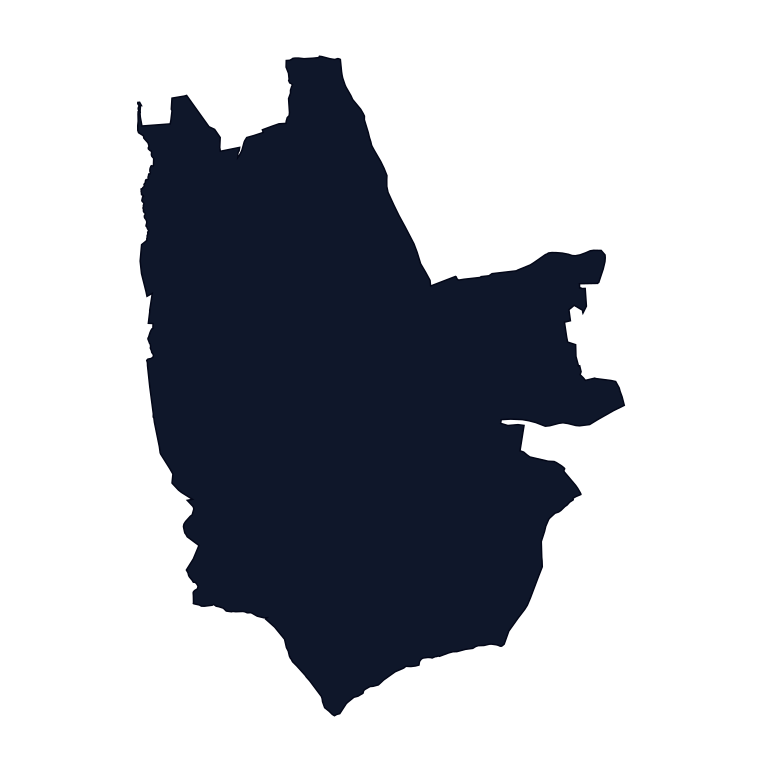 Voila, Brasov, Romania (Albers equal-area conic projection), rotated 178°
{"feature_id": "2599482B13078719041336", "entity_name": "Voila", "entity_type": "district", "adm_level": 2, "iso_a3": "ROU", "parent_name": "Romania", "parent_adm1": "Brasov", "projection": "albers", "projection_center": [24.863, 45.81], "detail": "fine", "context": "isolated", "style": "filled", "palette": "ink", "viewbox_px": 768, "rotation_deg": 178, "n_neighbors": 0, "source": "geoboundaries", "source_scale": "gbopen_adm2", "svg_char_len": 6145}
<svg xmlns="http://www.w3.org/2000/svg" viewBox="0 0 768 768"><g transform="rotate(178 384 384)"><path d="M573.6,678.7L585.9,677.1L587.0,666.0L586.3,664.6L587.8,654.9L588.6,651.4L616.9,650.3L618.2,659.1L618.4,662.8L618.1,663.7L618.2,665.5L617.7,670.0L618.4,670.0L618.5,670.2L618.0,670.8L616.7,670.7L618.4,674.1L620.2,674.0L620.3,672.7L619.1,670.7L619.3,669.8L619.8,669.1L620.1,667.5L619.5,665.7L620.2,664.8L620.4,662.1L620.5,655.3L621.1,650.6L621.2,646.0L620.5,643.7L615.8,640.5L615.4,638.0L611.5,633.3L610.7,630.8L610.7,629.3L611.3,628.4L611.3,627.2L609.8,625.6L608.3,624.6L608.2,623.8L608.5,621.2L608.1,619.7L606.3,617.5L606.8,610.3L607.2,609.8L608.6,610.3L609.4,609.8L609.5,609.3L610.2,607.8L610.5,606.2L610.5,604.6L610.1,603.4L610.2,602.9L610.5,602.2L611.6,602.2L611.9,601.6L612.1,600.4L612.6,599.0L612.5,597.0L613.2,596.6L614.4,596.6L615.0,596.2L615.3,595.4L615.6,593.4L616.5,592.5L616.9,591.8L616.6,590.2L617.0,589.6L618.1,588.8L618.7,587.8L620.0,587.3L619.8,586.0L620.0,585.1L619.8,584.0L619.7,581.7L618.0,580.7L617.8,579.9L618.6,579.6L619.6,576.0L619.5,575.3L617.8,573.3L617.7,572.7L617.8,571.9L618.3,571.1L618.2,569.8L618.7,568.5L618.6,567.5L618.1,566.5L618.4,565.7L618.4,565.1L617.7,563.7L616.8,563.0L616.6,562.3L616.6,561.9L617.5,560.8L617.7,559.3L617.1,557.8L616.3,556.9L615.5,554.9L615.5,553.2L616.3,550.8L616.3,550.1L615.4,549.0L615.0,547.5L613.9,545.7L614.1,544.9L614.9,544.0L614.8,542.3L615.0,541.5L615.5,540.8L615.6,538.6L616.0,537.6L616.0,535.8L621.4,531.7L623.4,515.4L622.5,502.8L618.6,484.6L617.8,479.9L612.4,482.7L615.6,465.6L615.6,464.3L617.4,452.9L612.7,452.5L613.0,447.8L614.2,447.0L615.2,445.3L616.1,443.4L617.6,439.1L618.3,438.0L618.3,437.0L617.3,434.3L617.0,433.1L616.4,432.4L615.9,430.0L616.3,428.1L615.3,425.5L615.0,423.7L613.4,421.2L613.7,419.2L615.6,417.7L619.1,417.1L620.3,415.9L619.7,413.6L619.7,410.5L618.2,389.6L615.6,362.2L615.8,359.5L615.6,358.6L615.2,358.4L614.8,353.8L610.7,329.2L610.1,323.1L609.6,321.7L601.0,306.9L598.1,301.4L599.3,292.5L599.2,292.2L593.1,285.2L590.3,282.8L579.4,275.4L584.7,274.6L579.0,268.1L578.4,265.8L580.3,259.9L582.2,258.6L587.1,253.5L588.7,251.2L589.1,250.0L589.4,248.4L588.5,243.2L588.1,241.8L587.3,240.8L586.0,238.2L574.6,229.1L580.7,215.8L588.0,205.0L586.5,202.2L585.9,199.4L585.2,198.0L582.6,194.6L581.5,192.6L579.5,192.3L578.2,190.8L576.9,188.4L577.5,186.2L578.1,185.5L580.5,184.2L581.7,182.9L582.0,182.0L581.9,179.0L582.0,172.5L582.2,171.3L581.7,171.0L576.2,169.6L574.3,168.4L571.3,168.2L563.5,168.9L561.9,169.7L559.5,167.8L556.9,167.2L552.7,165.7L551.9,165.1L549.7,162.7L549.1,162.5L544.3,161.7L543.0,162.0L540.1,161.6L532.8,161.6L530.7,161.1L528.7,160.1L524.8,160.1L518.8,156.4L512.1,154.5L508.9,154.6L510.5,153.2L501.8,144.9L492.3,132.4L490.7,124.0L489.0,120.4L488.0,115.3L487.0,113.0L486.1,112.0L485.6,110.6L484.8,109.3L481.1,105.4L472.9,95.6L471.8,93.8L468.7,90.1L457.5,74.0L456.8,71.7L456.5,68.6L454.6,62.6L450.3,58.9L447.2,55.6L445.1,54.2L442.8,55.4L439.7,56.1L432.9,65.8L431.7,66.9L425.0,72.0L420.9,72.9L415.8,75.7L415.1,78.0L414.6,78.7L413.5,79.5L408.6,82.1L405.3,82.3L400.1,83.5L394.7,88.2L382.9,96.0L374.1,99.5L372.0,101.1L367.1,100.7L362.4,101.1L358.9,101.9L358.2,105.4L356.5,107.6L355.5,108.3L354.2,108.8L349.6,109.2L346.5,108.9L345.5,108.5L342.4,109.7L340.9,109.8L339.3,110.3L338.1,109.9L328.8,113.0L324.5,114.0L320.4,114.0L311.8,116.0L304.5,116.7L301.6,118.4L299.0,119.2L293.2,119.2L287.8,120.3L285.7,120.3L281.0,119.5L279.0,118.9L277.2,118.0L276.2,117.8L275.2,118.1L273.0,119.8L267.9,132.7L258.1,145.5L251.2,153.9L248.5,157.9L245.1,165.2L236.3,186.3L232.2,195.8L232.2,201.8L232.4,205.3L232.3,221.1L228.7,231.1L227.3,236.2L224.2,242.8L223.3,244.0L217.6,248.9L213.9,250.0L211.7,251.4L207.4,255.3L205.3,256.6L202.6,259.4L199.0,261.6L198.9,262.2L199.1,262.8L199.0,263.3L196.1,264.8L191.1,266.7L191.1,267.2L191.6,268.4L194.0,272.9L196.0,276.0L207.0,290.0L207.2,290.8L207.1,291.8L206.5,292.7L206.4,293.1L207.0,293.9L209.2,295.8L214.4,299.4L216.7,300.6L222.7,301.1L240.8,306.0L243.5,308.1L246.8,311.1L250.4,312.5L245.5,337.7L251.5,338.7L261.7,338.2L268.8,340.6L268.1,344.3L258.8,344.5L247.0,343.6L240.4,342.2L233.7,340.2L224.3,336.2L219.8,336.5L210.6,338.6L206.5,339.0L201.6,338.1L193.6,335.8L190.0,335.4L179.9,336.3L171.4,341.1L155.5,349.4L144.6,354.3L146.5,362.9L148.3,368.4L149.1,371.9L152.4,378.4L157.1,379.6L173.1,382.2L173.2,382.5L182.6,380.6L184.5,383.1L187.7,386.5L186.6,389.4L187.8,395.4L189.0,395.2L191.2,404.9L191.1,416.6L199.0,419.5L199.8,424.4L201.5,439.5L195.5,440.7L196.6,451.8L191.2,456.0L183.0,450.8L182.9,448.7L182.7,447.9L179.0,454.7L179.6,472.5L183.8,472.5L183.9,473.2L185.1,473.2L185.2,477.4L166.9,477.1L166.4,477.9L165.8,478.1L160.9,491.3L158.9,498.6L158.5,502.4L158.6,505.3L162.3,509.9L169.8,510.3L173.3,509.9L177.8,508.1L183.6,506.2L188.3,505.5L191.5,505.8L195.2,507.2L201.3,508.6L207.5,509.3L211.7,509.5L215.0,509.2L217.6,507.7L218.0,507.8L230.2,499.9L233.6,497.9L246.9,493.0L247.5,492.5L272.2,490.5L275.3,488.5L283.3,487.9L283.5,487.4L284.5,487.1L300.4,485.9L305.9,485.2L307.6,486.8L308.0,488.4L308.8,489.0L334.0,480.3L334.4,486.0L338.5,494.2L343.2,502.9L346.3,514.5L349.2,523.1L357.4,540.3L363.2,551.9L367.7,562.0L373.3,575.4L374.3,581.4L374.1,588.2L373.8,592.2L376.4,599.5L379.5,606.5L385.5,617.7L387.7,622.1L388.2,623.6L388.7,626.3L390.0,631.0L391.0,636.0L394.4,648.7L394.2,652.4L395.4,655.1L397.7,659.4L405.4,669.4L407.0,673.3L411.6,682.0L412.5,684.2L414.6,691.2L415.1,694.0L415.5,697.4L416.3,709.9L418.0,710.7L419.1,710.8L421.5,710.1L422.4,710.1L426.8,711.0L434.8,713.4L437.1,713.8L437.8,712.5L443.5,712.1L452.6,711.9L458.0,712.7L461.9,712.8L463.8,712.6L465.2,711.6L467.0,710.8L470.4,710.7L470.8,704.1L468.6,697.9L468.2,691.9L468.7,690.6L467.7,688.2L466.1,687.4L465.0,686.1L465.9,684.6L467.2,680.9L467.3,677.8L469.4,672.6L469.0,658.6L469.4,655.5L471.4,653.6L472.5,650.2L472.9,647.9L479.9,647.7L486.4,645.7L496.7,642.3L495.9,639.6L505.6,636.8L512.6,635.1L514.6,632.1L515.3,630.7L517.6,623.3L518.4,621.4L520.9,616.9L522.3,615.2L522.1,616.7L522.1,619.0L521.4,621.3L520.7,621.9L520.0,625.5L539.4,622.3L539.9,626.0L539.1,636.1L544.4,644.4L549.9,647.2L571.2,679.3L573.6,678.7Z" fill="#0f172a" stroke="#020617" stroke-width="1.5"/></g></svg>